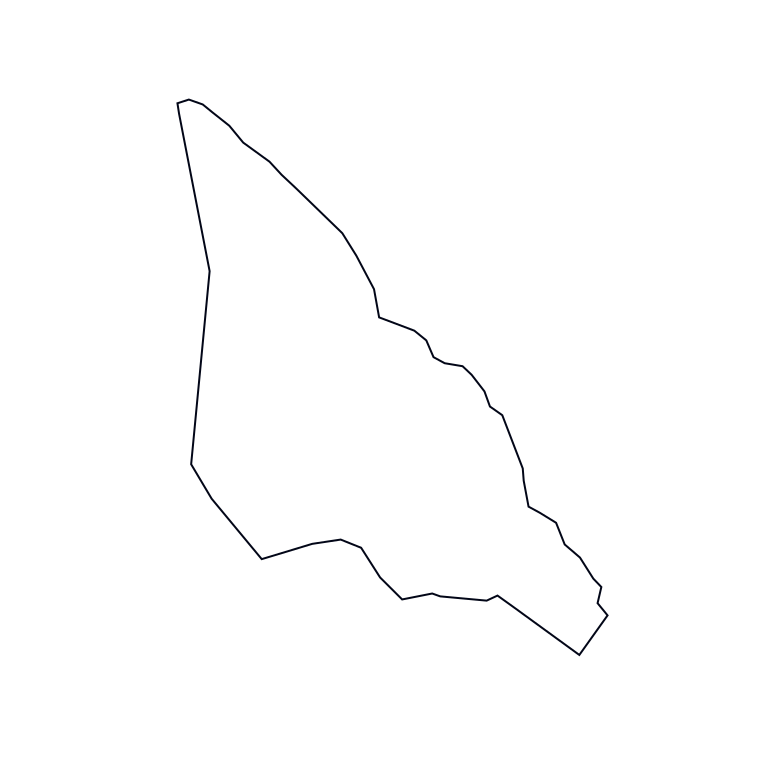 outline of Yakkasaray, Tashkent, Uzbekistan, rotated 109°
{"feature_id": "79887680B84205310122057", "entity_name": "Yakkasaray", "entity_type": "district", "adm_level": 2, "iso_a3": "UZB", "parent_name": "Uzbekistan", "parent_adm1": "Tashkent", "projection": "mercator", "projection_center": [69.216, 41.248], "detail": "fine", "context": "isolated", "style": "outline", "palette": "ink", "viewbox_px": 768, "rotation_deg": 109, "n_neighbors": 0, "source": "geoboundaries", "source_scale": "gbopen_adm2", "svg_char_len": 777}
<svg xmlns="http://www.w3.org/2000/svg" viewBox="0 0 768 768"><g transform="rotate(109 384 384)"><path d="M522.7,540.2L548.6,509.6L589.4,442.6L558.5,399.8L545.2,374.3L546.3,352.3L568.2,324.7L581.8,296.7L566.4,270.2L566.5,261.7L555.4,216.4L547.1,207.8L552.4,190.1L576.6,111.1L530.0,97.3L521.7,110.7L505.2,112.4L499.9,122.7L484.3,142.2L476.9,160.9L459.2,176.1L455.0,194.9L452.9,207.4L430.0,220.4L418.7,225.3L375.0,262.0L370.8,276.5L358.3,286.6L346.8,304.1L341.6,315.5L344.6,333.4L342.5,345.9L329.0,358.2L323.7,372.7L322.6,410.3L297.6,424.3L271.7,451.9L255.0,472.5L241.4,501.5L227.8,530.5L219.5,549.0L211.1,564.6L201.6,595.7L190.2,614.3L182.9,635.0L178.7,646.4L178.6,661.1L185.8,670.7L195.1,665.8L334.1,585.6L522.7,540.2Z" fill="none" stroke="#020617" stroke-width="2"/></g></svg>